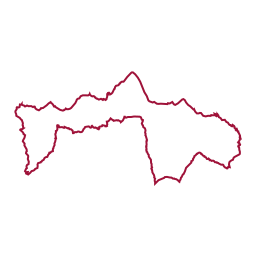 the district of Situbondo, Jawa Timur, Indonesia
{"feature_id": "22746128B65817775308435", "entity_name": "Situbondo", "entity_type": "district", "adm_level": 2, "iso_a3": "IDN", "parent_name": "Indonesia", "parent_adm1": "Jawa Timur", "projection": "robinson", "projection_center": [113.954, -7.799], "detail": "fine", "context": "isolated", "style": "outline", "palette": "rose", "viewbox_px": 256, "rotation_deg": 0, "n_neighbors": 0, "source": "geoboundaries", "source_scale": "gbopen_adm2", "svg_char_len": 5852}
<svg xmlns="http://www.w3.org/2000/svg" viewBox="0 0 256 256"><path d="M229.7,167.1L229.0,164.5L229.2,162.9L229.6,161.8L231.4,160.4L233.0,159.7L233.4,158.2L234.3,157.1L239.2,154.5L239.7,154.1L239.9,153.2L239.8,151.3L239.3,150.0L239.2,147.8L238.8,146.7L238.5,146.9L238.2,146.3L238.6,145.4L239.9,145.1L240.1,144.4L239.4,143.6L239.3,143.0L238.6,142.9L238.6,142.4L238.2,142.2L239.6,140.4L239.8,139.1L240.2,138.6L240.6,138.7L240.6,138.4L239.7,137.5L239.8,136.8L240.1,136.8L240.0,135.6L238.7,132.8L238.2,132.4L238.3,131.4L237.5,131.1L236.9,129.3L236.0,130.2L235.7,129.9L235.8,128.5L235.0,128.3L234.4,127.7L234.5,126.6L234.0,125.9L233.0,125.2L233.0,125.6L232.3,126.3L231.3,126.1L230.8,125.0L229.8,125.0L229.1,124.5L227.9,122.6L226.4,122.0L224.8,119.8L222.0,120.1L220.5,118.0L218.9,117.2L218.1,114.8L218.2,115.3L218.2,116.1L217.1,115.6L217.2,114.7L217.3,114.9L217.7,114.6L217.5,114.3L217.1,114.6L214.7,113.8L215.3,115.1L216.7,115.3L216.4,116.1L214.6,115.1L212.8,115.3L211.2,115.1L210.7,115.4L210.6,115.9L208.0,115.8L205.7,116.4L203.2,115.8L201.0,113.0L199.8,112.9L198.7,113.4L196.9,113.4L195.1,111.5L194.3,109.6L194.2,109.8L193.6,109.6L190.3,106.4L188.2,105.0L186.1,102.5L184.8,100.1L183.4,99.1L182.2,99.5L177.9,103.4L175.2,104.9L173.9,104.3L172.3,102.0L169.7,103.5L167.9,103.2L167.5,104.1L160.7,103.7L158.5,103.9L156.8,103.7L154.2,101.9L152.7,102.5L149.4,101.3L148.4,100.4L146.8,96.1L144.4,92.2L140.2,81.7L137.9,77.7L135.2,74.3L132.9,72.4L131.8,72.4L131.1,72.9L127.2,77.0L123.8,81.5L123.1,81.8L122.1,81.6L120.5,82.5L120.2,83.4L119.8,83.7L119.5,83.6L118.5,85.2L116.0,85.8L115.1,87.0L114.6,88.9L114.2,89.0L112.4,92.7L111.3,93.8L110.4,94.3L109.0,92.7L107.9,93.0L107.6,93.8L108.0,94.5L107.2,94.4L107.2,96.6L106.8,98.0L106.2,98.9L106.4,99.2L105.6,100.0L103.7,98.9L103.3,99.0L103.4,99.6L102.9,100.0L101.0,98.8L98.9,99.6L97.1,98.6L96.7,98.7L95.9,98.2L95.4,97.4L94.9,97.4L94.3,96.4L93.3,96.1L92.3,96.4L91.3,95.9L90.0,94.8L89.7,94.0L89.5,94.5L88.2,95.4L82.9,95.3L80.7,96.2L79.3,98.4L77.7,98.8L76.8,99.6L76.6,100.4L75.3,103.1L71.2,107.9L69.8,108.8L68.3,109.2L66.9,109.2L65.9,108.6L65.7,109.2L64.3,109.7L64.2,110.1L62.9,110.6L60.2,109.9L55.5,107.0L55.1,106.3L54.6,106.5L54.0,105.9L53.8,106.1L52.9,104.5L52.0,103.5L51.0,102.9L50.6,102.1L48.6,103.4L46.7,105.3L44.2,107.1L43.8,107.1L44.0,107.2L43.0,108.0L41.0,108.2L40.9,108.7L38.9,110.3L36.6,109.4L35.4,108.4L34.8,106.7L34.1,106.5L33.0,107.1L31.2,106.1L28.5,106.2L27.0,105.5L25.4,106.4L24.8,106.4L24.3,105.7L22.0,104.9L21.7,104.7L21.7,104.1L21.3,104.7L19.9,104.5L19.6,107.0L18.7,107.5L17.0,107.2L16.7,107.6L16.7,109.2L15.4,111.2L15.5,112.5L16.2,114.1L16.3,115.8L19.8,117.9L21.0,119.5L21.8,120.0L22.9,123.2L22.6,125.2L23.0,125.8L23.2,127.9L23.7,128.1L22.5,129.0L20.5,129.4L20.2,129.9L22.4,131.8L23.7,133.7L23.6,134.1L25.1,135.2L24.5,137.7L23.1,140.3L22.8,141.3L24.6,143.6L24.4,145.4L26.6,149.3L26.8,151.3L26.2,152.0L26.0,153.3L28.1,155.6L28.2,156.8L27.8,159.0L28.8,161.8L28.5,164.2L27.2,164.8L26.6,165.9L26.5,166.9L26.9,168.1L26.0,168.9L25.0,171.2L25.9,172.2L27.8,172.0L27.6,172.7L26.2,173.2L26.1,173.5L28.2,174.5L30.2,172.8L31.6,171.1L33.4,170.6L34.4,170.0L35.2,168.9L37.4,168.0L37.7,166.0L37.5,164.5L38.1,163.1L40.7,162.4L40.8,161.9L41.7,161.5L42.2,160.6L43.6,159.9L44.6,157.9L46.0,157.1L47.3,156.9L48.2,154.8L49.2,153.7L49.1,153.1L49.4,152.6L50.3,152.8L51.4,151.6L52.9,151.2L52.9,148.9L53.4,148.3L53.5,147.3L54.6,145.0L54.4,143.6L55.2,141.6L55.7,139.0L56.1,138.6L56.0,138.1L55.5,138.0L55.9,137.4L55.3,134.1L55.9,132.8L55.9,131.0L56.6,130.8L57.3,129.6L57.4,128.3L57.1,125.8L57.4,125.2L58.5,125.4L59.0,126.4L58.8,127.0L59.3,127.3L62.0,127.1L64.1,127.9L64.5,127.6L64.6,126.9L67.9,128.4L68.3,128.1L69.0,128.3L69.5,129.2L70.9,129.2L72.6,130.6L73.0,133.1L73.7,133.1L74.9,132.1L76.6,132.2L78.0,131.5L78.8,131.5L80.0,132.1L81.2,132.1L81.9,131.9L82.9,130.7L83.4,129.3L84.5,128.3L84.9,127.2L86.0,126.8L88.8,126.4L89.9,127.4L90.8,127.7L91.6,127.0L91.7,126.0L92.0,125.8L93.5,127.5L94.3,127.8L95.2,127.4L95.9,127.9L96.9,127.9L97.2,128.4L97.7,128.4L97.6,128.9L98.7,129.3L99.3,128.4L99.0,128.0L99.1,127.1L99.6,126.7L102.0,126.2L102.4,125.2L105.0,125.7L105.3,126.3L106.5,126.3L107.0,126.0L106.8,125.5L107.3,124.4L106.8,121.6L108.1,121.4L109.4,120.2L110.6,118.4L112.8,120.2L113.4,120.2L113.7,120.8L116.7,120.2L117.5,120.5L118.1,120.2L120.5,121.4L120.8,122.2L122.9,120.4L124.1,117.9L124.6,116.0L124.8,116.8L126.0,117.7L127.9,117.0L131.1,117.0L134.1,116.5L139.7,116.7L140.9,117.3L141.8,119.7L142.9,120.0L142.9,120.8L141.8,123.5L142.5,125.1L142.9,125.3L143.3,127.1L144.8,128.2L145.2,129.1L145.5,130.4L145.1,132.7L145.6,133.8L145.4,135.3L145.7,135.6L147.0,140.0L146.7,140.3L146.8,141.0L146.4,141.3L146.6,145.0L146.1,146.2L146.5,146.8L146.2,147.5L146.6,149.1L146.2,149.9L146.5,150.2L146.6,151.7L147.2,152.0L147.8,153.8L148.7,154.8L148.8,156.7L150.9,159.7L151.1,163.0L151.6,163.9L151.6,166.3L152.1,167.3L151.5,168.1L151.8,168.9L151.5,169.0L152.2,170.6L152.4,172.4L154.0,175.1L154.4,176.9L154.2,177.5L155.1,178.7L154.8,179.3L154.7,180.9L155.1,181.8L155.1,183.6L158.5,180.2L164.1,177.9L164.8,177.1L167.0,176.9L169.8,177.5L171.5,177.6L173.1,178.7L174.2,178.5L174.9,179.0L176.3,179.2L178.1,180.4L178.7,181.3L179.4,181.8L179.7,180.6L180.5,179.6L181.0,177.6L181.6,177.1L182.8,174.5L183.5,174.2L184.9,171.4L186.1,167.8L191.3,162.6L191.3,161.2L192.5,160.6L193.1,159.7L193.0,158.9L194.2,157.2L194.3,156.2L195.6,155.3L196.8,153.8L197.2,153.9L198.3,152.9L199.4,152.6L200.2,152.8L201.4,153.7L201.3,154.1L202.0,154.4L203.0,155.6L204.4,156.1L204.4,156.7L206.1,157.5L206.8,158.9L208.5,159.1L208.7,158.7L209.6,159.5L209.7,160.2L210.6,160.1L211.5,160.9L213.0,160.6L214.1,161.1L214.9,162.2L216.8,162.3L217.0,162.8L218.3,163.0L218.9,163.6L221.2,164.7L222.8,164.6L223.4,165.1L223.9,166.3L225.3,167.6L226.5,168.0L226.9,168.4L227.3,168.3L227.1,167.6L227.3,167.9L227.7,167.3L228.5,167.2L228.6,166.8L229.7,167.1Z" fill="none" stroke="#9f1239" stroke-width="2"/></svg>